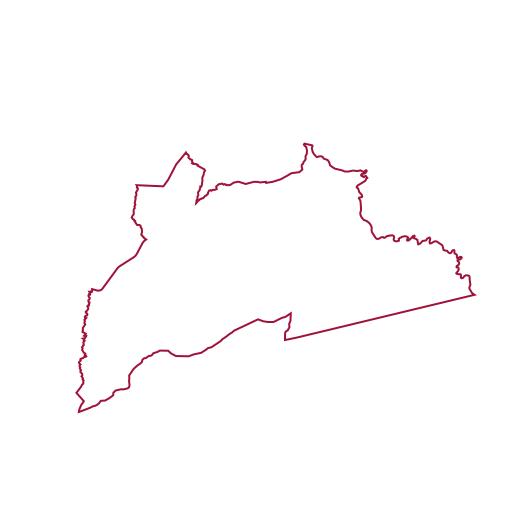 the district of Palpalá, Jujuy, Argentina, rotated 78°
{"feature_id": "61730980B21987921647817", "entity_name": "Palpalá", "entity_type": "district", "adm_level": 2, "iso_a3": "ARG", "parent_name": "Argentina", "parent_adm1": "Jujuy", "projection": "natural_earth1", "projection_center": [-65.169, -24.19], "detail": "fine", "context": "isolated", "style": "outline", "palette": "rose", "viewbox_px": 512, "rotation_deg": 78, "n_neighbors": 0, "source": "geoboundaries", "source_scale": "gbopen_adm2", "svg_char_len": 6089}
<svg xmlns="http://www.w3.org/2000/svg" viewBox="0 0 512 512"><g transform="rotate(78 256 256)"><path d="M371.8,461.7L370.0,450.1L369.1,446.8L369.1,444.6L368.6,442.5L367.5,440.3L365.4,437.9L366.0,433.7L365.1,430.6L363.8,427.3L362.5,424.6L360.2,424.0L358.4,421.4L358.3,415.4L358.9,413.9L358.8,409.1L358.0,407.5L355.9,406.5L351.9,406.2L348.9,405.2L346.6,405.0L340.9,399.1L338.3,394.5L337.2,391.6L335.9,389.6L333.9,388.7L332.9,386.9L332.8,384.6L331.6,382.0L331.7,379.7L331.3,378.4L329.8,376.7L329.3,372.1L328.5,369.8L330.4,361.6L333.7,359.3L337.2,355.1L340.1,342.7L339.3,337.4L339.3,329.8L337.3,324.4L336.1,322.2L336.0,318.6L331.9,308.3L330.3,306.1L329.5,303.8L326.5,297.4L325.9,295.4L324.5,293.1L318.4,267.2L321.4,262.4L323.0,258.1L324.2,252.6L321.9,243.5L321.7,240.0L319.3,233.9L326.4,235.7L329.4,237.7L332.6,238.1L335.3,240.4L336.2,242.8L337.6,243.6L344.2,245.1L344.3,233.6L339.4,50.3L337.2,52.4L332.3,54.0L331.2,53.9L328.8,52.3L323.1,51.9L321.8,51.5L319.9,51.6L319.2,52.5L318.5,54.5L319.1,56.5L320.5,58.1L320.5,59.6L319.7,60.1L317.4,59.5L316.4,59.7L316.1,61.2L315.1,63.4L314.6,63.7L314.2,63.5L312.9,61.7L311.2,60.4L309.4,60.5L308.9,61.0L308.9,62.0L308.5,62.2L307.6,61.8L306.7,59.6L305.7,58.8L304.4,58.7L302.8,59.9L302.0,59.8L301.7,56.7L301.0,55.5L300.3,55.1L299.6,55.4L299.3,56.6L300.0,58.9L299.7,59.6L298.5,59.7L296.8,59.3L296.1,59.6L294.7,61.3L291.9,60.8L291.4,61.0L291.4,62.7L293.3,64.3L293.6,65.8L292.6,67.1L290.7,67.9L289.8,70.3L289.1,71.3L285.1,71.4L284.1,71.7L279.3,76.3L278.8,78.5L280.0,81.9L279.8,83.3L278.1,83.3L275.5,82.0L274.1,82.3L274.1,83.5L275.0,85.4L275.5,85.7L276.1,86.6L275.9,89.9L277.9,92.8L278.3,94.0L278.3,94.9L273.8,94.8L272.6,95.9L271.1,98.2L270.4,98.0L269.5,96.7L269.0,97.0L269.1,98.0L272.3,102.8L272.5,103.7L272.4,104.6L272.0,105.0L271.0,104.6L270.2,103.4L269.2,103.6L268.2,104.7L267.5,106.8L267.6,108.8L268.3,111.6L268.9,112.8L270.2,112.8L270.8,113.1L270.9,115.7L270.2,117.1L269.4,117.9L268.3,117.9L266.6,117.0L265.6,117.0L264.9,117.3L264.2,118.2L263.8,120.5L263.9,124.2L264.8,125.8L264.9,126.7L264.7,127.2L263.8,127.9L263.9,130.3L264.6,132.1L264.7,133.1L264.3,134.3L263.6,135.0L256.6,137.7L254.5,137.5L252.1,136.9L249.3,137.4L247.0,138.6L244.9,140.3L243.1,143.1L239.6,144.9L236.9,145.3L235.5,145.0L232.5,143.6L225.8,142.6L223.6,142.4L220.9,143.4L220.3,142.9L220.4,140.2L219.8,139.7L217.9,139.9L215.0,141.7L211.0,142.1L210.2,143.1L209.4,143.2L208.2,141.9L205.3,133.7L204.5,132.8L203.4,132.2L202.8,130.9L200.5,132.0L200.4,132.5L201.1,133.5L201.2,134.5L199.9,135.1L199.7,136.0L199.0,136.4L198.1,136.0L197.8,135.4L197.9,133.0L197.6,131.8L196.3,130.3L195.4,130.1L195.0,130.4L195.1,131.0L196.0,132.6L196.1,133.3L193.9,136.2L194.1,138.8L192.6,143.4L192.6,148.0L191.8,151.6L190.1,154.1L187.0,160.6L184.8,162.9L182.7,164.7L179.2,165.0L177.0,166.0L174.8,169.5L172.8,170.3L172.0,171.7L171.7,173.3L171.9,175.8L171.1,176.6L168.2,178.2L166.0,178.9L162.1,179.0L160.1,177.8L159.4,178.1L156.2,185.2L156.9,186.0L158.2,185.6L159.5,184.4L160.9,184.2L163.5,184.2L166.7,185.1L168.7,186.8L171.8,187.4L172.9,188.5L173.9,189.9L175.6,190.8L176.3,192.3L177.7,192.7L181.1,192.7L183.0,196.3L182.4,203.6L182.8,205.8L183.4,207.0L186.1,215.8L186.9,224.1L186.6,230.9L185.5,230.9L184.9,236.8L183.8,239.0L183.0,242.7L183.4,251.1L179.9,257.3L179.6,258.4L179.6,262.6L181.0,266.0L181.2,267.1L180.7,269.6L180.1,270.1L180.1,270.9L179.4,271.3L179.1,272.0L179.4,273.0L178.1,274.1L178.1,277.6L179.8,280.5L182.4,280.5L182.7,282.6L182.3,284.6L182.7,285.2L182.9,286.1L182.1,286.9L182.3,288.3L184.2,289.8L185.2,290.0L185.6,291.0L186.5,291.9L186.7,293.4L188.5,295.6L188.4,296.5L188.4,297.4L188.8,297.8L188.8,299.1L189.4,299.7L190.6,302.2L191.4,302.7L191.9,303.5L188.9,302.4L188.1,301.4L185.7,300.9L184.8,299.9L181.6,299.4L179.7,297.3L178.4,296.9L177.4,296.0L176.5,296.1L176.5,295.0L175.3,294.2L170.4,292.5L169.1,292.5L167.3,291.7L166.3,290.7L163.3,289.4L161.9,288.1L161.2,288.5L160.6,288.4L155.8,294.0L155.5,293.9L155.4,294.4L154.4,294.3L154.3,294.9L153.4,295.9L152.9,298.3L152.1,299.1L151.7,298.4L150.5,299.0L149.0,298.5L148.3,299.1L147.8,300.3L146.9,300.7L146.1,301.5L145.1,301.5L144.2,300.9L143.5,301.0L141.9,302.1L141.6,303.0L141.0,302.8L140.2,303.0L149.9,315.1L163.1,326.0L168.6,332.1L161.9,358.1L163.0,357.8L164.3,358.3L165.3,357.5L165.8,357.6L166.7,358.1L168.9,360.2L170.3,360.1L172.2,360.6L173.2,361.9L174.6,361.7L179.2,363.7L180.7,363.3L182.2,364.6L183.9,364.6L184.7,365.6L186.1,366.3L189.8,366.9L190.6,368.1L192.4,369.5L194.1,369.0L195.1,367.7L196.4,367.7L196.7,366.9L197.8,367.1L200.7,366.0L201.1,365.5L201.4,363.5L202.6,362.6L204.1,362.8L204.7,362.3L206.3,362.1L209.1,362.6L211.0,363.7L211.6,363.7L212.0,363.2L213.4,362.8L213.8,362.1L214.9,361.9L217.0,360.0L217.8,361.8L219.2,363.8L229.2,372.2L230.7,373.8L231.7,375.6L237.8,391.8L238.7,393.5L256.5,413.5L257.2,415.4L257.1,417.8L254.3,423.2L256.9,423.8L257.0,424.4L256.4,425.2L256.7,425.5L256.4,426.4L257.3,426.1L258.1,426.8L258.2,426.1L258.9,426.0L259.4,426.5L259.3,427.4L260.1,428.2L261.9,427.8L262.4,427.3L263.8,428.0L264.5,429.2L265.1,429.4L266.3,429.2L266.8,428.5L267.1,428.5L268.3,429.5L269.3,429.4L269.8,430.0L269.6,430.7L270.1,431.4L272.0,430.9L273.1,431.2L274.6,433.0L275.1,434.1L275.9,434.2L277.3,433.1L278.2,433.1L278.9,433.5L279.2,435.4L279.9,436.1L280.7,436.1L281.4,435.0L282.9,437.2L284.3,436.9L285.8,437.8L287.0,437.3L287.5,437.3L290.4,440.4L292.6,440.7L293.4,441.3L294.5,441.4L295.0,440.4L296.7,438.6L298.3,440.8L298.5,440.5L298.3,439.4L298.9,438.6L300.8,440.4L300.8,442.3L301.4,441.7L302.6,442.0L303.0,441.2L303.3,441.2L304.5,442.8L307.1,442.9L307.5,443.7L308.5,444.3L309.1,445.2L310.2,444.8L311.5,445.6L314.7,444.6L315.9,443.3L317.3,444.1L317.8,443.1L318.8,442.8L319.2,443.5L319.1,445.3L319.9,446.2L320.1,448.9L320.5,449.3L321.9,449.2L322.8,450.9L323.4,451.3L324.1,451.3L325.7,450.2L326.6,451.4L327.8,451.5L328.5,451.1L329.4,451.7L331.3,450.9L332.0,451.7L333.4,451.8L333.9,451.2L335.4,450.5L336.7,450.8L337.4,451.7L339.5,450.7L340.6,451.3L341.8,450.5L342.5,451.0L344.4,451.3L345.0,451.5L345.5,452.6L348.0,454.8L352.5,460.1L362.2,454.6L365.8,458.3L369.8,461.0L371.8,461.7Z" fill="none" stroke="#9f1239" stroke-width="2"/></g></svg>